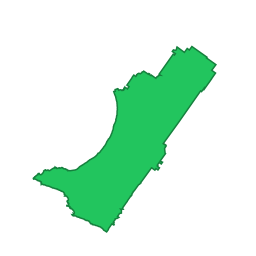 Busselton, Western Australia, Australia (Albers equal-area conic projection), rotated 305°
{"feature_id": "25037944B46798430259876", "entity_name": "Busselton", "entity_type": "district", "adm_level": 2, "iso_a3": "AUS", "parent_name": "Australia", "parent_adm1": "Western Australia", "projection": "albers", "projection_center": [115.148, -33.685], "detail": "fine", "context": "isolated", "style": "filled", "palette": "green", "viewbox_px": 256, "rotation_deg": 305, "n_neighbors": 0, "source": "geoboundaries", "source_scale": "gbopen_adm2", "svg_char_len": 5534}
<svg xmlns="http://www.w3.org/2000/svg" viewBox="0 0 256 256"><g transform="rotate(305 128 128)"><path d="M203.6,168.2L216.0,168.3L216.0,168.2L223.2,168.2L223.3,163.5L230.3,163.7L230.4,152.1L231.3,152.1L231.4,133.6L227.1,133.5L227.1,130.9L222.3,130.8L222.5,121.7L221.4,122.0L220.5,122.5L219.3,122.6L218.7,122.1L218.0,120.4L216.1,120.4L216.1,124.2L214.4,124.2L214.4,122.7L189.9,122.6L189.9,124.5L189.4,123.7L188.5,123.1L188.1,122.9L187.2,122.9L187.2,122.6L186.7,122.4L185.3,122.2L184.7,122.3L184.7,116.6L184.1,116.6L184.1,114.4L184.7,114.4L184.6,113.8L183.7,113.8L183.6,108.5L183.4,108.6L182.2,107.6L181.7,107.4L181.2,107.6L180.6,107.5L180.1,107.1L179.5,107.0L179.4,106.4L179.1,106.1L179.1,105.6L178.8,105.3L178.1,105.0L177.9,104.8L177.0,104.8L176.8,104.6L176.7,104.8L174.7,104.8L174.7,102.4L172.4,102.3L170.9,102.5L162.5,102.5L162.5,105.1L159.7,105.1L159.8,103.7L159.6,103.4L159.5,103.0L159.3,102.8L159.5,102.5L159.3,102.1L159.5,101.9L158.8,101.9L158.4,102.2L158.0,101.9L157.3,102.6L157.2,102.8L156.8,102.6L156.4,102.6L156.4,102.4L156.4,102.1L156.1,102.0L155.9,101.5L155.7,101.5L155.5,101.8L155.2,101.6L155.2,100.3L154.7,99.5L153.6,98.8L154.1,97.8L154.0,97.6L154.4,97.2L154.2,96.8L153.5,96.4L153.1,96.3L152.1,95.4L151.2,95.9L150.8,96.5L149.7,95.4L147.9,97.8L146.6,99.9L143.8,102.9L142.9,104.1L141.7,105.0L140.5,106.1L140.0,106.3L138.9,107.4L137.4,108.3L137.0,108.8L135.7,109.3L134.7,110.0L132.1,111.7L131.7,111.6L129.4,112.8L128.2,113.0L127.2,113.8L126.5,114.0L124.5,114.5L122.5,114.7L121.4,115.2L120.7,115.3L119.4,116.1L117.8,116.8L116.6,117.0L114.7,117.7L113.2,117.9L112.0,118.3L109.5,118.6L108.5,118.6L107.7,118.3L106.6,118.5L104.8,118.5L102.6,119.0L100.0,119.2L98.9,119.0L97.0,119.1L96.7,119.0L95.7,119.0L93.1,118.8L92.4,118.9L90.6,118.5L90.3,118.0L87.7,118.0L85.3,117.4L83.7,116.8L83.0,116.4L81.0,115.5L80.0,114.9L79.1,114.7L77.7,114.2L77.5,114.3L75.6,113.6L74.2,112.9L73.2,112.6L71.8,112.0L71.2,111.9L70.7,111.4L69.9,111.2L69.1,110.8L68.2,110.5L66.6,110.4L66.2,110.1L65.0,109.9L63.4,108.9L59.8,105.1L59.4,104.3L58.5,103.2L59.0,102.7L58.6,102.0L58.9,101.6L58.8,101.1L58.4,100.7L58.6,100.0L57.8,99.0L58.0,98.2L57.7,97.4L57.9,97.0L57.8,96.7L57.6,96.7L57.6,96.4L57.4,96.2L56.0,95.4L56.1,94.7L55.5,94.4L55.3,93.8L54.9,93.7L54.0,93.0L54.0,92.7L54.4,92.1L54.3,91.4L54.2,91.6L53.5,91.3L53.2,91.0L53.3,90.5L53.2,90.4L52.8,90.2L52.4,90.2L51.6,89.6L48.1,88.3L47.7,87.6L47.8,87.3L47.7,87.0L47.8,86.7L47.8,86.8L47.8,86.6L47.5,86.3L46.6,85.9L46.2,85.2L46.5,84.5L46.3,84.3L45.9,84.4L45.7,84.0L45.4,83.8L44.5,83.6L44.4,83.8L42.9,84.1L40.4,83.8L39.8,83.5L39.4,82.9L39.4,82.4L39.7,81.7L39.4,81.7L39.2,81.4L39.5,81.0L39.3,80.6L38.9,80.5L38.6,80.7L37.9,80.9L37.6,80.5L36.5,80.3L35.6,79.9L35.1,80.0L34.6,79.6L34.4,79.6L34.3,79.8L34.1,79.8L33.2,79.4L32.8,79.6L32.5,79.5L32.4,79.4L32.1,79.7L32.0,80.0L32.5,80.2L32.4,80.5L32.9,81.2L33.0,81.9L33.1,82.0L33.2,83.5L33.0,83.9L33.4,84.3L33.4,85.1L33.9,85.8L33.8,86.4L34.0,86.4L33.9,86.8L34.1,87.7L34.0,87.9L33.7,87.9L33.6,88.3L33.0,88.4L32.6,88.9L32.3,89.0L32.1,89.2L32.3,89.2L32.7,89.1L32.5,89.4L32.6,89.5L32.9,90.1L32.9,91.2L33.3,91.5L33.4,92.0L33.6,92.1L33.6,92.4L33.8,92.8L33.9,94.3L34.5,95.7L34.7,95.8L35.0,97.1L35.2,97.4L35.2,98.1L35.5,99.3L35.7,100.9L36.1,101.3L36.3,102.3L36.6,103.0L36.6,103.3L37.2,104.3L37.2,104.8L37.1,105.1L37.5,105.4L37.3,105.6L37.6,106.9L37.7,107.1L37.6,107.4L37.8,107.7L38.1,109.1L37.9,109.4L38.1,110.1L38.3,110.2L38.5,111.8L38.3,112.8L37.7,113.3L37.5,113.9L36.8,114.1L36.8,114.5L36.7,115.0L36.9,115.0L36.7,115.3L36.8,115.6L36.7,115.5L36.6,115.8L36.3,115.7L37.0,116.7L36.2,119.1L35.5,119.9L34.7,120.5L34.1,120.4L33.7,120.0L33.0,120.1L32.6,120.8L32.7,121.0L32.6,121.6L32.2,121.5L32.0,122.0L32.0,122.5L31.8,122.5L31.8,122.8L31.6,122.7L31.4,123.1L30.8,123.4L29.8,123.2L29.8,124.6L30.2,124.7L30.3,125.3L30.1,125.9L29.8,126.1L29.4,126.0L29.0,126.5L29.0,126.8L29.3,126.9L29.2,127.2L29.5,127.3L29.3,127.6L29.6,128.0L29.5,128.7L29.4,128.7L29.3,130.0L29.1,130.2L29.0,130.9L28.7,131.6L27.8,132.7L26.8,133.1L26.5,133.1L26.5,132.6L26.3,132.9L25.6,132.6L25.3,132.3L24.9,132.3L24.8,132.0L24.7,132.2L24.6,132.8L24.6,133.3L24.6,133.6L25.1,134.0L25.3,134.6L25.7,134.9L25.9,135.3L26.0,136.2L26.0,137.5L26.5,138.1L26.5,138.6L26.8,139.0L26.8,139.7L26.9,139.8L26.8,140.0L28.0,143.7L28.2,144.6L28.0,144.8L28.0,145.1L28.3,146.1L28.2,146.8L28.7,147.4L28.9,147.6L28.9,148.1L29.3,148.9L29.2,149.2L29.3,149.5L29.0,149.9L29.1,150.5L28.5,151.4L28.5,152.0L28.2,152.4L28.8,153.2L28.4,154.2L28.8,154.4L29.0,155.6L29.5,156.2L29.6,157.4L30.3,158.9L30.4,159.6L30.4,160.1L31.2,162.3L30.9,163.4L31.0,163.7L31.1,164.7L30.4,166.7L30.4,167.0L30.6,167.6L30.5,168.2L30.6,170.1L33.5,170.2L34.3,169.8L40.1,169.8L40.4,172.0L41.1,171.9L40.9,170.9L42.4,170.9L42.4,170.0L45.6,170.0L46.2,169.6L47.7,170.9L49.6,171.8L49.6,170.1L53.1,170.1L54.5,171.4L57.0,169.7L57.3,168.5L58.7,170.6L59.0,169.9L59.6,169.4L66.2,169.4L67.2,169.5L68.1,169.3L73.1,169.3L73.4,169.5L73.8,169.5L73.9,169.3L74.1,169.5L74.5,169.6L75.4,169.6L76.7,168.9L77.9,169.1L79.0,168.8L80.0,169.1L87.6,169.2L88.7,169.8L90.0,169.8L90.2,170.1L90.8,170.0L91.3,169.6L92.1,169.8L108.9,170.1L109.0,170.4L108.9,170.9L108.9,174.2L110.8,174.2L110.8,176.6L113.4,176.6L113.4,174.2L114.2,174.2L114.2,173.6L114.3,173.3L117.6,173.3L117.6,175.9L119.8,175.9L119.3,173.3L128.5,173.4L128.5,173.0L132.2,169.7L134.7,169.6L134.7,169.1L135.7,169.1L135.7,167.4L135.4,167.4L135.4,165.8L162.0,166.2L200.0,166.2L200.0,167.4L204.4,167.5L203.6,168.2ZM29.5,122.7L29.4,123.4L29.6,123.5L29.7,122.6L29.5,122.3L29.2,122.5L29.5,122.7Z" fill="#22c55e" stroke="#15803d" stroke-width="1.5"/></g></svg>